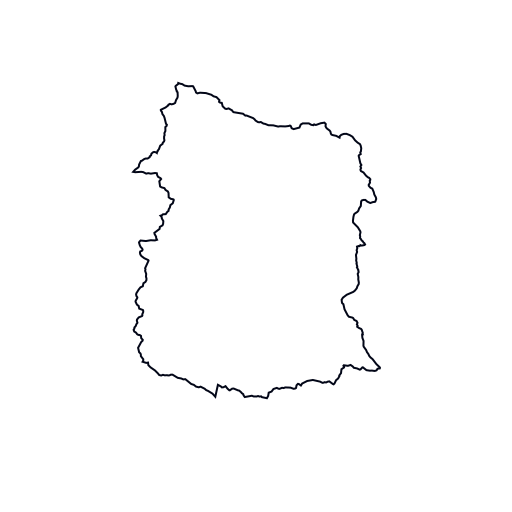 Daniel Alcides Carrion, Pasco, Peru, rotated 307°
{"feature_id": "86281439B88138122201247", "entity_name": "Daniel Alcides Carrion", "entity_type": "district", "adm_level": 2, "iso_a3": "PER", "parent_name": "Peru", "parent_adm1": "Pasco", "projection": "natural_earth1", "projection_center": [-76.463, -10.516], "detail": "fine", "context": "isolated", "style": "outline", "palette": "ink", "viewbox_px": 512, "rotation_deg": 307, "n_neighbors": 0, "source": "geoboundaries", "source_scale": "gbopen_adm2", "svg_char_len": 6126}
<svg xmlns="http://www.w3.org/2000/svg" viewBox="0 0 512 512"><g transform="rotate(307 256 256)"><path d="M249.3,107.3L250.3,109.2L254.1,113.6L255.1,115.4L255.7,118.7L257.3,120.1L258.5,122.5L261.5,125.4L262.4,127.0L261.1,128.4L260.3,130.1L260.7,133.0L260.4,133.9L257.5,133.8L253.8,137.6L254.0,139.3L255.1,142.0L254.3,144.0L254.5,146.8L253.7,148.2L250.3,151.0L250.4,153.6L251.4,155.6L251.5,156.3L251.1,156.7L248.0,157.8L245.1,157.0L242.9,158.0L240.7,158.2L239.4,159.0L238.0,158.6L235.1,158.7L233.3,156.6L231.8,156.3L230.7,155.5L230.3,157.3L229.3,158.2L228.1,161.0L225.7,162.5L224.2,162.9L221.4,161.7L219.6,162.7L213.3,160.9L212.5,161.8L211.3,164.6L210.3,165.4L209.4,167.2L207.6,165.9L205.2,162.4L201.7,159.1L198.9,154.5L197.1,154.3L196.3,154.5L194.7,156.7L193.8,158.4L193.4,160.7L192.7,161.7L191.6,161.8L189.9,160.8L188.7,161.4L187.6,162.7L187.0,164.5L187.0,168.1L187.9,172.5L187.6,173.0L179.5,174.8L178.9,175.7L177.4,176.4L175.6,179.1L173.2,180.6L172.3,181.9L170.8,183.0L168.7,183.3L166.5,182.5L163.7,183.8L161.5,182.6L158.7,182.5L154.2,182.9L153.1,183.4L152.0,184.7L151.6,186.1L150.8,186.5L148.0,186.8L147.0,187.3L145.5,190.2L145.5,192.3L143.7,194.4L144.8,198.2L144.2,199.1L143.0,199.8L141.1,200.2L140.0,201.1L139.4,201.1L136.4,199.3L133.7,199.2L132.7,199.7L131.3,201.5L129.6,201.5L127.5,202.1L125.8,201.9L124.9,202.5L123.4,202.7L122.4,204.2L122.6,206.3L122.0,208.2L122.2,209.6L122.9,210.6L123.0,212.2L121.3,213.8L120.9,216.0L120.1,216.4L118.2,216.1L111.7,217.1L108.8,220.6L108.6,222.4L108.1,223.2L106.7,224.4L105.7,228.1L104.4,229.0L103.3,229.1L104.6,232.7L105.9,233.9L104.0,235.8L103.6,238.8L103.8,244.2L103.2,248.4L102.7,250.3L103.5,252.2L105.1,253.2L105.8,255.0L107.3,256.7L107.7,257.7L108.6,258.7L110.1,259.5L111.0,260.8L111.6,266.8L113.2,270.0L113.7,272.2L115.1,273.7L114.8,281.3L115.7,283.9L115.6,286.7L116.7,289.3L118.3,290.4L119.1,294.9L118.9,296.9L119.4,298.9L119.9,304.1L119.1,308.2L130.2,303.1L130.7,306.6L130.5,307.8L131.6,309.0L133.7,310.0L132.9,313.1L132.7,315.5L132.9,315.9L135.7,316.8L136.7,317.9L137.9,322.6L138.4,323.6L138.2,326.3L137.9,327.2L138.0,328.9L137.2,330.0L136.6,331.9L141.9,336.8L142.4,338.6L144.2,341.1L145.4,341.9L145.8,343.3L147.0,344.6L146.8,345.6L149.0,350.3L151.6,349.9L154.5,348.4L157.1,350.0L160.3,350.0L160.9,350.4L163.2,352.0L163.5,353.7L164.0,354.7L166.4,356.1L167.2,357.6L168.6,358.4L171.6,362.7L172.6,366.0L173.8,367.1L174.7,367.4L177.1,366.2L179.1,366.4L179.5,367.1L179.6,369.8L181.9,369.6L187.0,372.1L191.2,376.0L194.2,382.7L194.7,385.4L195.6,386.3L196.4,386.6L197.2,388.1L198.8,388.9L200.0,390.0L200.0,394.4L200.2,395.2L201.4,395.4L205.0,394.7L207.6,395.3L210.3,394.9L210.7,394.4L213.6,394.4L217.0,392.4L220.0,393.4L220.5,393.1L220.9,391.9L221.6,391.9L223.6,395.5L225.9,397.1L226.0,399.8L225.6,401.4L227.0,404.3L227.7,407.3L228.4,407.7L231.1,408.0L231.4,408.3L231.3,412.9L232.9,415.9L234.3,417.6L235.5,419.8L236.4,420.6L237.3,421.1L239.1,420.9L240.7,422.5L241.3,422.3L241.6,421.7L242.1,417.2L243.8,411.1L243.9,408.5L244.3,406.7L245.4,404.6L246.0,402.5L247.2,400.5L248.4,396.6L249.0,395.8L252.9,393.0L254.6,390.3L256.3,388.7L257.2,388.0L257.6,388.4L257.8,388.0L258.8,387.6L260.8,384.7L261.0,383.7L260.5,381.8L260.4,379.4L261.5,379.1L262.1,377.7L263.7,377.3L264.6,375.4L264.1,372.9L264.9,371.0L264.8,370.0L263.4,366.8L263.8,364.9L266.7,358.8L270.1,354.8L270.2,353.2L270.9,352.3L272.6,350.7L275.1,350.5L279.7,351.8L285.9,355.3L287.8,355.8L290.8,355.9L292.8,355.2L295.4,354.9L296.7,354.1L298.8,351.8L300.8,350.4L302.9,348.0L305.0,347.6L305.8,346.5L306.3,346.3L307.7,343.4L308.3,343.4L308.9,342.8L310.4,340.8L311.0,340.7L312.9,338.5L314.0,338.0L317.0,335.2L320.1,334.3L321.2,332.9L323.2,332.2L324.3,331.0L325.8,332.0L325.9,332.5L327.1,333.1L327.5,332.9L327.7,333.8L328.6,334.8L330.0,336.0L330.8,336.2L331.5,334.7L331.4,333.9L332.0,332.4L332.0,331.0L332.6,329.8L332.9,328.3L334.5,327.3L335.1,326.4L337.8,325.2L338.5,324.4L340.2,320.1L341.2,313.4L342.5,312.2L346.0,310.2L348.2,309.3L349.1,309.3L352.2,310.4L353.7,310.5L356.1,309.7L359.0,309.6L362.9,307.1L364.1,307.1L365.5,308.1L366.6,309.6L366.4,312.2L367.1,315.4L369.4,316.9L370.8,318.4L371.3,318.5L373.9,317.7L375.0,316.4L376.3,313.5L377.9,311.6L379.8,308.3L379.4,306.4L379.9,303.9L380.6,303.2L383.2,302.9L384.6,301.5L385.5,301.5L386.1,301.1L386.5,299.3L386.2,297.9L386.4,295.4L387.4,291.6L387.0,288.7L387.4,287.9L388.0,287.3L389.5,287.0L390.3,285.5L392.1,285.4L392.8,283.6L397.8,277.7L398.6,277.6L400.4,278.3L401.5,276.9L402.7,276.8L405.4,275.2L407.2,273.1L407.9,271.7L407.7,268.9L408.0,265.5L409.3,261.3L409.0,258.2L408.0,254.7L406.3,252.6L404.1,251.2L402.2,250.8L400.8,251.5L400.2,247.7L398.6,244.2L398.4,243.1L398.8,242.1L400.1,240.6L400.5,239.3L400.5,236.0L400.8,234.7L401.5,233.4L403.4,232.3L403.7,230.4L401.0,227.8L397.0,225.2L396.4,224.5L396.1,223.2L395.0,223.1L394.0,221.1L393.7,218.4L390.0,213.5L387.9,212.6L384.7,213.4L380.0,209.7L379.5,207.6L380.7,205.6L380.6,204.6L379.6,204.0L377.1,201.4L374.1,197.1L372.7,195.8L370.7,191.1L367.9,187.2L367.0,183.8L366.2,182.2L365.9,179.2L364.7,178.1L364.1,176.9L363.9,174.0L364.3,172.7L364.4,170.7L362.5,163.9L361.7,163.0L361.8,160.0L357.4,151.6L357.4,150.5L357.9,149.3L357.4,145.3L355.7,144.0L355.1,142.8L355.5,139.3L357.7,136.5L356.9,135.1L356.9,133.7L358.5,133.0L359.1,128.8L358.0,126.0L357.9,123.3L356.0,118.0L352.7,113.0L350.6,111.3L350.5,109.7L351.4,108.5L353.7,103.7L353.3,102.8L350.8,99.8L349.1,96.4L348.9,93.7L347.9,91.6L347.4,89.8L346.5,90.3L343.5,89.5L342.9,89.6L340.7,92.3L340.3,93.3L339.7,93.7L339.6,94.8L336.7,97.2L335.2,98.0L332.4,98.3L329.6,99.3L327.9,98.6L326.3,97.3L325.7,95.7L324.1,95.0L323.6,95.3L320.2,94.4L315.5,92.0L314.9,92.5L314.4,94.2L313.0,95.9L312.4,98.1L311.3,99.8L307.4,104.6L307.2,105.8L306.1,106.3L304.4,106.0L301.3,108.4L299.0,108.9L297.5,110.3L296.3,110.6L294.6,111.8L293.3,113.2L292.1,113.6L290.4,113.4L289.3,113.9L286.5,113.1L282.8,114.2L280.8,114.1L280.3,114.5L279.4,114.4L278.6,114.8L278.6,113.8L277.8,112.0L277.0,111.4L274.8,110.9L273.3,111.6L271.6,111.2L270.9,111.6L268.6,110.8L267.4,109.2L266.2,108.4L263.3,107.5L262.6,106.9L258.7,107.6L257.2,108.5L256.0,108.7L252.2,107.5L249.3,107.3Z" fill="none" stroke="#020617" stroke-width="2"/></g></svg>